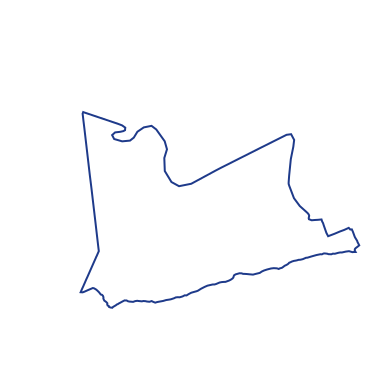 outline of Bahri, Khartoum, Sudan, rotated 250°
{"feature_id": "16777658B15021592307574", "entity_name": "Bahri", "entity_type": "district", "adm_level": 2, "iso_a3": "SDN", "parent_name": "Sudan", "parent_adm1": "Khartoum", "projection": "equal_earth", "projection_center": [32.683, 15.975], "detail": "fine", "context": "isolated", "style": "outline", "palette": "blue", "viewbox_px": 384, "rotation_deg": 250, "n_neighbors": 0, "source": "geoboundaries", "source_scale": "gbopen_adm2", "svg_char_len": 3008}
<svg xmlns="http://www.w3.org/2000/svg" viewBox="0 0 384 384"><g transform="rotate(250 192 192)"><path d="M304.3,117.1L303.7,116.6L303.0,116.0L300.0,115.3L297.1,114.6L288.5,112.6L242.6,101.7L229.1,98.6L195.7,90.7L174.3,85.6L168.3,84.2L164.1,80.2L163.5,79.5L163.2,79.3L160.3,76.5L148.0,64.7L146.2,62.9L142.8,59.7L142.1,59.0L140.7,57.7L139.3,56.3L139.1,56.1L138.7,55.7L137.0,54.1L136.8,53.9L136.5,53.7L135.9,53.1L135.8,53.3L135.1,55.0L135.1,56.7L135.4,60.7L135.5,62.6L135.6,64.6L135.7,65.9L135.1,66.9L133.5,68.3L132.0,69.2L129.7,70.3L128.2,70.8L126.9,71.2L126.1,72.3L124.9,72.8L123.4,72.8L122.3,72.3L121.1,72.3L119.8,72.5L118.6,73.4L117.5,74.0L116.4,74.4L115.4,73.9L114.2,73.9L113.3,74.8L112.4,74.7L111.4,75.8L110.5,77.5L111.0,78.5L111.3,80.1L111.6,81.8L112.0,82.8L112.0,83.9L112.3,85.1L112.5,86.6L112.9,89.2L113.2,91.5L112.4,93.5L111.3,94.4L110.5,95.6L108.9,99.1L108.9,101.3L108.5,103.3L108.0,104.2L106.4,107.5L106.2,109.0L105.3,111.0L104.5,112.2L103.4,114.5L103.3,116.8L102.1,117.9L100.6,119.6L100.5,121.6L100.2,123.5L99.5,127.6L99.3,130.8L98.7,133.7L98.4,135.5L98.3,138.8L98.5,140.7L98.0,142.7L97.3,144.3L97.2,145.5L97.1,147.5L97.4,149.7L96.7,151.6L97.2,153.9L97.6,156.8L97.4,159.8L97.2,162.2L97.2,163.7L98.0,167.4L98.5,171.4L98.7,174.5L98.0,180.0L97.4,181.6L97.3,183.1L97.5,187.0L97.2,189.0L96.9,190.2L96.1,192.8L96.1,194.3L96.1,196.5L96.3,198.3L96.9,200.6L97.5,201.6L98.6,202.4L99.3,203.0L99.7,204.8L99.4,208.8L99.0,209.8L98.6,210.8L97.6,212.0L97.1,213.3L96.2,215.4L94.8,218.3L94.2,219.6L93.5,221.1L93.3,223.4L92.8,228.0L93.4,230.4L93.6,232.8L93.5,236.0L93.1,240.1L92.5,242.7L91.4,245.3L90.9,246.1L90.0,247.2L90.2,248.3L90.0,250.5L90.3,251.7L91.0,253.9L91.1,255.3L91.3,256.7L91.7,258.1L92.3,259.1L92.3,260.4L92.5,262.0L92.4,264.3L92.1,265.8L91.9,267.2L91.8,269.0L91.3,270.6L91.0,273.1L91.2,276.7L90.8,278.0L90.6,282.0L90.2,287.3L89.6,291.4L89.0,292.7L89.2,294.6L88.9,295.7L87.8,297.9L86.9,299.0L86.5,300.0L85.8,301.7L85.9,303.2L85.1,305.2L84.8,308.9L84.5,310.6L83.9,312.1L83.4,316.1L82.7,319.3L80.6,322.2L80.2,323.8L79.7,325.2L80.8,325.0L81.7,325.0L82.7,325.6L83.2,326.4L83.6,327.6L84.0,329.0L84.7,330.9L86.3,330.7L88.5,330.4L89.4,330.5L90.5,330.3L92.5,329.9L93.4,329.7L94.4,329.6L95.6,329.6L97.7,329.6L99.6,329.6L102.2,329.4L102.6,327.9L104.7,327.0L104.3,321.9L104.3,317.6L104.0,311.7L103.9,304.8L107.6,304.3L115.5,304.4L118.0,304.5L119.8,304.2L121.9,304.3L122.8,300.8L123.7,297.8L124.5,294.8L126.4,292.6L127.5,292.7L129.6,294.0L131.0,294.0L132.5,293.5L133.7,292.9L141.9,288.5L151.3,285.7L164.6,285.5L166.6,285.6L168.2,286.2L174.4,289.0L189.1,296.1L199.9,302.7L206.0,305.8L212.4,304.9L213.4,300.4L210.0,271.0L204.9,227.9L204.0,221.1L200.0,194.1L201.9,181.8L208.4,176.1L221.0,173.6L233.4,177.6L240.7,183.1L249.0,183.7L263.0,179.8L268.0,176.6L269.2,168.8L267.3,161.3L263.0,155.9L261.5,151.3L263.5,143.7L268.4,137.0L272.8,136.4L274.3,140.1L273.1,145.2L272.7,148.3L273.0,150.2L275.3,151.3L278.5,149.1L281.1,146.1L304.2,117.2L304.3,117.1L304.3,117.1Z" fill="none" stroke="#1e3a8a" stroke-width="2"/></g></svg>